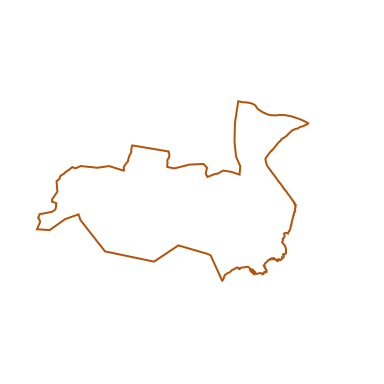 the district of Ciceron, Castries, Saint Lucia, rotated 219°
{"feature_id": "8701671B92087442166631", "entity_name": "Ciceron", "entity_type": "district", "adm_level": 2, "iso_a3": "LCA", "parent_name": "Saint Lucia", "parent_adm1": "Castries", "projection": "orthographic", "projection_center": [-61.013, 13.992], "detail": "fine", "context": "isolated", "style": "outline", "palette": "amber", "viewbox_px": 384, "rotation_deg": 219, "n_neighbors": 0, "source": "geoboundaries", "source_scale": "gbopen_adm2", "svg_char_len": 5771}
<svg xmlns="http://www.w3.org/2000/svg" viewBox="0 0 384 384"><g transform="rotate(219 192 192)"><path d="M213.2,291.6L202.1,272.7L190.5,257.7L180.0,247.2L170.7,242.4L166.0,235.5L174.5,232.2L181.2,228.3L183.5,222.6L185.6,220.3L188.5,215.0L189.6,213.4L193.0,215.0L195.6,220.3L200.8,221.0L211.3,211.6L220.6,199.2L226.9,195.9L227.2,196.4L228.3,197.5L228.7,198.0L229.2,199.0L230.3,200.3L230.8,200.7L231.2,201.3L231.5,203.0L231.5,204.3L231.9,205.1L232.2,205.3L232.9,206.6L233.5,207.0L234.0,207.4L234.6,207.8L235.6,208.8L267.8,190.6L267.5,189.8L266.2,187.4L265.7,186.6L265.3,185.9L264.7,185.4L264.5,185.0L264.2,184.4L264.0,183.4L263.5,180.9L263.2,180.1L262.2,177.7L261.9,176.9L261.1,175.3L261.0,174.9L261.2,173.4L261.1,171.4L260.8,169.3L260.6,168.3L259.6,167.1L258.6,166.2L258.5,165.6L272.7,160.0L280.8,151.3L294.9,142.1L296.1,139.6L297.3,137.4L299.1,136.4L300.6,136.1L301.0,135.2L301.3,132.9L302.8,128.0L303.0,125.8L304.2,122.2L304.3,120.8L303.7,119.7L303.2,118.9L303.4,118.3L303.5,117.4L304.1,115.2L296.8,107.5L296.1,98.2L294.7,96.4L294.0,96.7L290.5,97.9L288.4,95.0L287.4,92.8L287.4,91.0L288.1,89.3L288.6,88.2L294.5,81.1L296.3,79.2L296.3,78.8L296.4,78.3L296.0,77.7L295.7,76.7L295.7,75.9L295.3,75.2L294.7,74.8L293.9,74.9L293.4,74.8L293.2,74.4L293.0,74.2L292.6,74.1L291.7,73.5L291.1,72.9L289.0,65.5L278.7,72.8L273.5,91.1L266.1,103.2L261.1,100.0L222.2,91.1L177.7,114.0L169.0,141.9L140.9,153.7L137.8,154.5L128.5,149.9L112.8,142.1L112.7,143.1L112.8,143.8L112.9,144.4L114.0,147.3L114.2,148.0L114.1,148.7L113.9,149.3L113.8,150.0L113.3,151.2L112.5,152.7L112.0,154.2L111.9,155.4L111.8,156.2L111.6,157.0L111.2,157.7L111.0,157.8L110.8,158.2L110.3,159.6L110.1,160.4L109.6,161.4L109.3,161.9L108.8,162.1L108.5,162.1L108.1,162.0L107.7,161.8L107.3,161.7L106.8,161.8L106.6,161.9L106.4,162.2L106.7,162.6L106.9,163.2L106.7,163.5L105.9,164.4L103.7,166.6L103.1,167.5L102.6,168.1L102.2,168.4L101.4,169.0L100.6,169.2L99.8,169.2L98.4,168.8L98.1,168.8L98.3,168.4L98.3,168.2L98.1,168.0L97.8,168.0L97.2,168.4L97.1,168.6L97.3,168.7L97.4,169.0L97.3,169.3L97.1,169.5L96.7,169.6L96.1,169.8L95.5,169.8L95.2,169.8L94.7,169.6L94.5,169.4L94.3,169.0L94.4,168.8L94.7,168.3L95.0,168.0L95.8,168.1L96.5,168.4L97.3,168.1L97.3,167.9L97.0,167.6L96.7,167.4L96.3,167.4L95.8,167.3L95.0,167.3L94.0,167.5L93.8,167.5L93.6,167.3L93.0,167.3L92.7,167.2L92.2,167.0L91.7,167.3L91.8,167.5L92.1,167.7L92.4,167.7L92.8,167.6L93.6,167.7L94.2,167.9L94.3,168.2L94.2,168.5L93.8,169.2L93.4,169.5L92.8,169.5L91.9,169.2L91.4,168.9L90.9,168.8L90.5,168.8L90.2,169.0L88.7,171.1L88.2,171.7L87.6,172.2L87.0,172.4L86.5,172.4L86.2,172.3L85.8,172.3L85.5,172.4L85.3,172.6L85.0,172.9L84.9,173.4L84.9,174.1L85.2,174.3L85.6,174.5L85.4,175.5L84.8,176.3L84.5,176.4L84.3,176.3L84.0,176.3L83.7,176.5L84.3,177.5L85.1,178.4L85.4,178.4L85.8,178.3L86.2,178.5L86.5,178.4L86.9,178.5L87.1,178.9L87.4,179.2L88.1,179.6L88.3,179.4L88.6,179.4L89.4,179.7L89.9,180.0L89.6,180.3L89.8,180.4L90.0,181.4L90.3,182.1L90.3,182.6L89.8,185.4L89.8,186.7L89.6,187.5L89.3,188.1L88.7,188.5L89.1,189.3L88.7,189.6L88.4,190.3L88.2,190.8L87.9,191.0L88.0,190.7L87.7,190.4L87.4,190.4L87.3,190.7L87.0,191.0L86.5,190.9L86.1,191.1L86.2,191.4L86.4,191.3L87.0,191.6L87.0,191.9L86.5,192.2L86.0,192.3L85.4,192.3L84.9,192.2L83.7,192.0L83.0,191.9L82.2,192.1L82.0,192.4L82.6,192.9L81.9,193.2L82.1,193.9L82.3,194.0L82.5,194.0L82.5,194.3L82.4,194.4L82.1,194.4L81.6,194.3L81.1,194.4L80.5,194.7L80.2,195.7L80.0,196.6L80.1,196.8L80.7,197.2L81.0,197.7L80.5,197.7L79.8,198.2L79.7,198.8L80.0,199.5L80.4,200.0L81.0,200.5L81.3,200.5L81.7,200.4L81.8,200.5L81.8,200.8L81.9,201.1L81.9,201.4L81.8,201.5L81.6,201.5L81.5,201.4L81.4,201.5L81.0,201.8L80.6,202.2L80.4,202.9L80.6,203.8L80.9,204.2L81.3,204.7L81.6,204.7L82.1,205.7L82.4,205.9L82.5,206.3L83.2,206.9L85.2,208.3L86.7,208.9L89.2,209.4L89.4,209.5L90.3,209.6L90.6,210.3L90.7,210.7L90.7,211.2L91.2,212.2L91.7,212.4L92.1,212.8L92.1,213.1L91.9,213.6L91.8,213.9L91.8,214.7L92.0,215.4L92.4,216.3L92.7,216.5L93.2,216.7L94.0,217.3L94.2,217.6L94.2,217.9L94.1,218.4L93.8,218.9L93.4,219.2L92.1,219.9L91.5,220.0L91.3,220.1L91.7,220.7L91.7,220.9L91.7,221.3L91.8,222.0L92.0,222.7L92.0,223.0L91.8,223.5L92.0,223.9L92.2,224.6L92.6,225.7L93.3,226.7L93.6,227.2L93.7,227.9L93.7,228.4L94.5,229.0L94.6,229.5L94.6,230.0L94.9,230.3L95.3,230.8L95.6,231.3L96.2,232.7L96.3,233.4L96.5,233.8L96.7,234.1L97.2,234.8L97.4,235.7L97.8,236.5L98.1,236.7L98.5,237.7L98.7,238.2L98.5,238.4L98.6,238.6L99.2,239.3L99.5,239.6L99.8,240.3L99.9,240.9L99.7,241.3L99.5,241.7L99.6,241.8L99.9,241.9L100.7,242.7L101.2,243.6L101.4,244.2L101.7,244.4L101.7,244.7L101.9,245.3L102.9,245.8L103.1,246.1L102.9,246.8L103.0,247.0L103.3,247.3L103.9,247.5L104.1,247.5L104.4,247.2L104.9,247.2L105.2,247.5L105.3,247.9L105.6,248.1L106.0,248.3L106.2,248.2L106.4,248.1L106.8,248.4L108.5,248.8L110.5,249.4L112.0,249.8L113.0,250.1L113.7,250.4L116.5,250.9L117.7,251.4L120.3,252.0L122.1,252.2L122.3,252.5L122.5,252.6L123.0,252.5L123.5,252.6L123.8,252.8L125.3,253.3L126.4,253.6L127.1,253.7L127.6,253.8L128.4,254.2L128.9,254.3L129.3,254.2L131.3,254.8L132.4,254.9L135.1,255.8L143.5,257.9L143.9,258.0L144.5,258.3L145.0,258.4L145.5,258.4L147.1,258.8L148.5,259.3L150.0,259.7L150.8,260.1L153.5,261.8L154.7,263.0L155.2,263.3L156.0,264.3L156.2,265.4L156.1,266.0L156.1,266.7L156.4,271.0L156.3,272.7L156.0,274.2L156.3,274.4L155.9,275.9L155.9,285.9L155.4,287.5L155.7,289.3L154.3,293.3L153.6,296.3L153.7,297.5L153.4,299.4L152.9,302.6L152.9,303.0L152.7,303.1L151.3,306.2L150.0,307.5L149.7,308.5L148.8,310.6L148.1,311.5L146.7,313.8L146.2,315.2L144.9,317.5L145.1,318.5L149.4,317.7L152.9,316.8L157.6,315.2L162.5,313.3L167.9,310.4L172.4,307.0L175.0,304.3L178.8,301.5L181.9,299.9L187.3,298.5L191.6,298.0L194.1,298.1L197.1,299.1L200.2,298.8L203.0,297.6L205.7,296.1L209.4,293.5L213.2,291.6Z" fill="none" stroke="#b45309" stroke-width="2"/></g></svg>